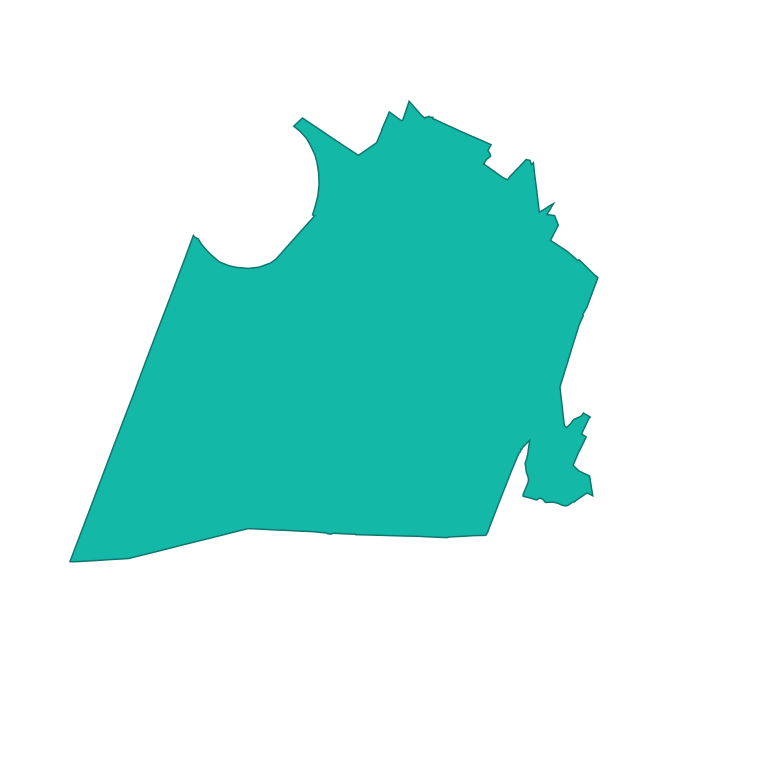 Atenco, México, Mexico, rotated 20°
{"feature_id": "50627088B50781851998453", "entity_name": "Atenco", "entity_type": "district", "adm_level": 2, "iso_a3": "MEX", "parent_name": "Mexico", "parent_adm1": "México", "projection": "equal_earth", "projection_center": [-98.95, 19.543], "detail": "fine", "context": "isolated", "style": "filled", "palette": "teal", "viewbox_px": 768, "rotation_deg": 20, "n_neighbors": 0, "source": "geoboundaries", "source_scale": "gbopen_adm2", "svg_char_len": 5186}
<svg xmlns="http://www.w3.org/2000/svg" viewBox="0 0 768 768"><g transform="rotate(20 384 384)"><path d="M216.4,161.9L213.7,167.3L211.0,172.6L218.3,175.1L220.9,176.4L226.7,179.4L232.3,184.0L236.5,188.1L240.7,192.3L245.4,198.9L250.7,208.7L254.8,218.9L257.5,229.8L258.6,241.1L259.0,249.5L261.3,249.5L258.6,256.7L258.4,256.8L253.3,269.6L249.9,278.2L244.8,291.0L239.7,303.8L235.9,309.2L233.4,311.3L226.9,316.8L222.0,319.3L217.1,321.8L213.2,322.8L205.3,324.9L197.9,325.9L192.7,325.7L187.4,325.5L180.9,323.1L175.1,320.8L166.9,316.4L165.0,315.2L163.3,314.1L161.5,312.5L159.6,311.1L156.0,310.7L154.1,309.6L154.0,317.4L154.0,334.7L153.8,345.3L153.7,358.1L153.3,385.2L152.8,415.3L152.4,440.7L152.2,463.7L152.1,482.2L151.8,496.7L151.4,523.4L151.2,535.8L151.1,546.6L150.9,561.8L150.8,572.4L150.6,586.7L150.5,599.8L150.4,608.9L150.3,612.6L150.1,628.3L149.7,655.3L149.6,658.3L152.6,657.4L158.2,655.1L164.2,652.5L170.3,649.9L174.9,647.9L181.0,645.2L185.5,643.2L193.4,639.8L198.1,637.8L203.8,635.3L207.4,632.8L214.4,628.1L222.3,622.8L228.4,618.7L233.1,615.5L239.9,610.9L246.7,606.2L253.4,601.7L259.3,597.7L265.9,593.3L274.1,587.8L279.1,584.4L285.0,580.4L291.6,575.9L300.2,570.1L305.7,566.4L307.4,565.9L311.2,564.6L320.1,561.9L325.9,560.1L333.7,557.7L339.3,555.9L344.7,554.2L353.4,551.6L357.8,550.2L363.5,548.4L369.6,546.5L373.3,545.7L375.1,545.2L377.7,544.5L380.9,543.7L382.8,544.0L385.9,543.0L386.0,542.8L386.5,542.3L387.1,541.9L387.5,541.7L388.0,541.4L388.5,541.2L394.0,539.6L401.6,537.2L409.1,534.8L409.2,535.2L413.0,533.9L420.7,531.3L428.3,528.8L436.0,526.2L439.8,525.0L447.5,522.4L455.1,519.9L459.7,518.3L468.9,515.2L473.7,513.8L480.3,511.7L486.1,509.9L491.8,508.1L495.8,506.8L497.1,505.8L499.6,504.6L507.3,501.4L512.9,499.0L519.9,495.9L531.0,491.6L531.5,491.0L532.1,487.9L532.1,486.3L532.1,483.8L532.2,479.4L532.3,472.8L532.4,469.0L532.4,468.4L532.5,463.5L532.6,456.8L532.7,455.4L532.7,451.2L532.8,450.4L532.8,448.9L533.0,441.6L533.1,439.6L533.2,433.7L533.3,430.4L533.4,424.6L533.5,422.2L533.9,413.8L534.1,410.0L534.1,407.7L534.2,407.3L534.5,403.0L535.4,400.7L535.0,398.6L535.5,398.4L535.8,398.2L535.9,396.4L538.9,389.7L540.1,387.1L540.5,388.5L540.9,390.4L541.5,393.6L542.3,397.4L542.7,398.7L542.8,399.6L543.2,401.7L543.5,404.2L543.6,406.5L543.7,409.3L543.7,410.2L544.3,411.4L545.1,412.7L545.8,414.0L547.7,417.8L548.0,418.2L549.1,419.7L550.3,421.0L551.0,422.0L551.7,422.9L552.2,423.8L552.6,424.7L553.0,427.0L553.0,430.1L552.9,431.2L552.8,433.8L552.7,435.8L552.6,437.5L552.6,439.0L552.5,440.6L552.8,441.0L553.1,441.9L561.1,441.1L566.2,440.9L567.1,440.7L567.8,440.1L568.5,438.9L568.9,438.4L569.5,438.1L570.2,437.9L571.1,437.8L573.8,438.5L574.9,439.3L575.7,439.9L576.2,440.0L576.8,439.9L581.9,437.7L583.3,437.3L584.9,437.0L585.7,437.0L586.4,436.8L588.3,436.6L590.4,436.8L591.3,436.9L592.9,437.0L593.9,436.9L594.7,436.7L595.4,436.5L596.8,436.2L597.9,435.5L598.9,434.4L601.0,431.4L601.7,430.6L602.7,429.9L603.3,429.6L604.3,427.7L611.8,417.3L612.4,416.9L618.4,417.6L613.5,408.9L608.7,400.2L600.8,399.4L596.8,399.0L589.5,395.7L590.2,382.3L591.7,369.2L591.8,367.8L592.1,364.6L591.6,364.5L589.7,364.1L587.0,363.5L586.7,363.5L588.4,345.8L589.1,344.5L584.8,343.8L581.3,343.1L580.5,346.5L577.5,349.5L574.4,352.6L573.7,354.6L572.7,358.1L570.5,362.4L567.8,361.6L565.3,356.6L560.8,347.6L557.1,340.1L553.4,332.8L552.0,329.8L551.8,329.6L550.5,326.9L550.4,326.6L549.9,318.2L549.9,317.7L549.8,315.0L549.5,310.4L549.5,310.1L549.4,307.6L549.2,303.0L548.8,295.5L548.7,293.2L548.6,291.9L548.2,284.7L548.1,282.4L547.7,273.5L547.4,266.7L547.3,264.8L547.2,263.0L547.2,262.9L547.3,260.3L547.5,256.8L547.9,251.4L547.0,251.0L547.0,250.8L548.4,243.0L548.4,242.9L548.5,227.4L548.5,227.2L548.5,223.1L548.5,221.8L548.6,218.8L548.6,211.4L548.6,211.2L548.6,210.9L543.7,209.1L539.9,207.4L532.4,203.9L524.8,200.5L523.8,201.9L521.6,200.8L512.6,197.4L509.4,196.3L503.5,195.0L499.5,194.0L491.3,192.1L493.5,175.2L486.7,167.4L479.2,169.0L479.3,168.2L481.4,157.4L481.6,156.5L480.0,158.2L477.9,160.9L476.1,163.5L471.2,169.4L466.7,160.6L461.7,150.7L456.8,141.2L453.1,134.0L448.7,124.9L447.6,127.5L446.4,126.1L444.9,123.9L440.8,124.5L438.1,130.6L437.1,133.2L435.4,136.8L433.6,141.0L431.7,145.2L430.2,149.9L427.8,149.7L424.3,149.2L418.7,147.6L418.3,147.5L414.2,146.3L407.3,144.4L402.7,143.2L402.3,143.2L403.4,138.3L403.7,137.6L406.3,133.7L405.6,132.3L404.1,130.7L401.8,129.2L401.9,128.6L402.7,122.9L402.8,122.5L386.5,121.4L379.0,121.0L375.3,120.8L374.9,120.7L372.8,120.6L371.7,120.5L369.9,120.4L363.3,119.8L359.1,119.5L350.0,118.8L342.5,118.1L338.9,117.9L338.8,116.7L335.3,117.6L334.9,117.1L334.5,117.1L334.1,118.0L332.0,119.0L331.7,120.3L329.1,119.3L327.4,118.6L326.5,118.2L326.3,118.2L325.8,117.9L325.3,117.6L320.4,114.9L316.4,112.7L312.2,110.4L311.3,109.9L310.9,109.7L311.0,113.7L311.1,116.2L311.1,116.4L311.1,117.4L311.2,122.1L311.3,125.2L311.3,128.1L311.4,129.7L310.1,130.6L301.8,128.2L298.8,127.3L295.9,126.5L295.8,128.0L295.7,131.7L295.6,133.7L295.1,141.6L294.9,146.3L295.2,146.4L294.5,159.8L293.6,161.1L287.7,169.5L283.8,175.0L281.7,177.9L276.8,176.7L274.6,176.2L266.0,174.2L257.8,172.2L251.7,170.7L245.3,169.1L240.7,167.9L237.5,167.1L232.1,165.8L228.4,164.9L216.4,161.9Z" fill="#14b8a6" stroke="#0f766e" stroke-width="1.5"/></g></svg>